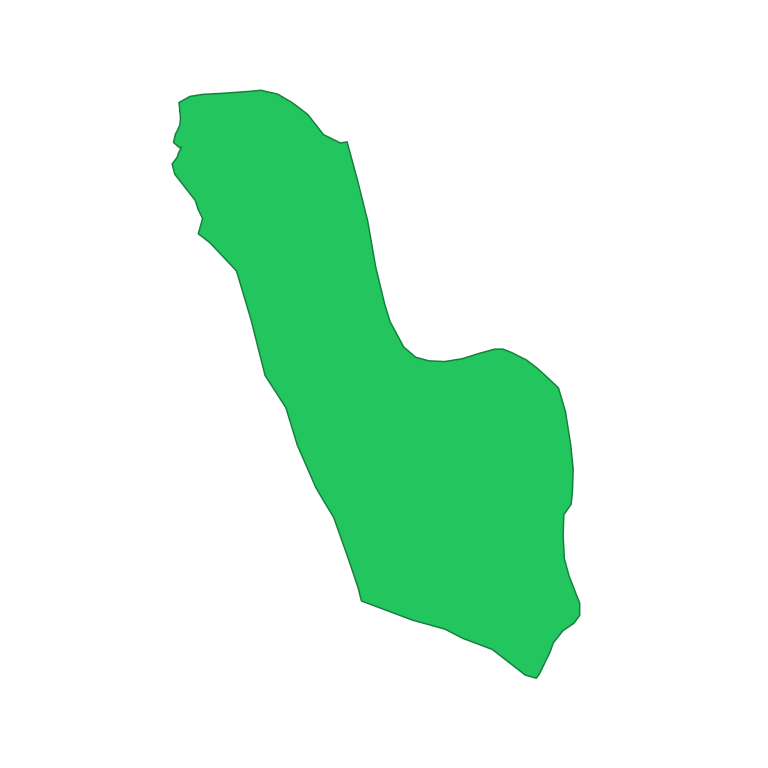 Ekiti, Kwara, Nigeria (Albers equal-area conic projection), rotated 261°
{"feature_id": "59680162B94527775336179", "entity_name": "Ekiti", "entity_type": "district", "adm_level": 2, "iso_a3": "NGA", "parent_name": "Nigeria", "parent_adm1": "Kwara", "projection": "albers", "projection_center": [5.38, 8.111], "detail": "fine", "context": "isolated", "style": "filled", "palette": "green", "viewbox_px": 768, "rotation_deg": 261, "n_neighbors": 0, "source": "geoboundaries", "source_scale": "gbopen_adm2", "svg_char_len": 1355}
<svg xmlns="http://www.w3.org/2000/svg" viewBox="0 0 768 768"><g transform="rotate(261 384 384)"><path d="M408.4,417.0L417.4,409.3L444.4,399.8L462.6,397.2L500.9,394.1L547.3,393.4L590.6,389.6L628.9,385.4L628.9,378.6L639.8,363.2L645.1,360.3L662.2,350.8L676.0,337.6L685.6,326.0L686.9,324.4L693.4,308.3L694.1,296.6L696.3,270.9L698.4,250.4L698.4,237.3L696.6,232.5L694.1,225.5L688.5,225.3L684.8,224.8L682.4,225.0L677.2,224.3L671.6,222.8L668.1,220.5L663.3,217.0L660.8,216.1L657.8,214.8L655.4,213.9L649.3,219.1L649.6,220.7L648.0,219.9L643.3,216.5L642.1,216.5L638.9,213.8L634.4,209.1L623.8,210.2L594.8,226.3L585.3,227.8L575.9,230.7L561.4,224.1L550.6,234.3L518.7,256.0L468.5,262.7L411.0,267.9L375.9,283.4L355.2,286.3L337.3,288.8L292.6,300.4L278.3,306.0L259.9,313.5L213.9,322.0L186.3,326.6L173.2,327.8L146.4,375.0L132.3,405.9L120.6,421.8L104.8,449.5L74.4,478.0L69.6,488.3L73.4,492.2L93.5,506.2L101.7,510.6L104.8,514.0L112.3,522.1L118.0,534.1L124.9,541.1L136.8,543.0L165.7,536.7L183.3,534.8L206.1,537.2L212.3,538.4L226.6,541.1L236.0,550.0L247.9,553.2L270.1,557.5L282.4,558.2L295.0,558.9L297.2,558.9L319.7,558.9L328.3,558.9L352.8,555.7L365.9,545.6L375.4,538.0L385.4,528.5L395.4,514.5L397.5,511.0L399.8,506.9L401.1,498.7L399.2,481.6L396.7,465.1L396.7,447.3L399.1,435.6L399.8,432.1L405.5,419.4L408.4,417.0Z" fill="#22c55e" stroke="#15803d" stroke-width="1.5"/></g></svg>